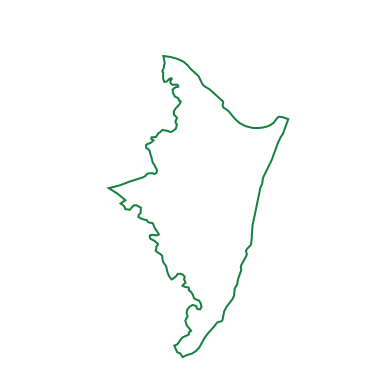 the border of Gangwon, rotated 47°
{"feature_id": "KOR-2496", "entity_name": "Gangwon", "entity_type": "Province", "adm_level": 1, "iso_a3": "KOR", "parent_name": "South Korea", "parent_adm1": "", "projection": "albers", "projection_center": [128.239, 37.618], "detail": "fine", "context": "isolated", "style": "outline", "palette": "green", "viewbox_px": 384, "rotation_deg": 47, "n_neighbors": 0, "source": "natural_earth", "source_scale": "10m", "svg_char_len": 3305}
<svg xmlns="http://www.w3.org/2000/svg" viewBox="0 0 384 384"><g transform="rotate(47 192 192)"><path d="M167.5,110.7L173.9,110.2L180.4,107.9L186.4,104.1L191.4,98.8L193.5,95.7L195.3,92.4L196.6,88.7L197.0,84.5L196.2,80.4L196.0,78.3L196.6,76.7L199.1,74.7L204.4,71.9L207.2,77.5L211.6,86.1L212.4,89.9L214.7,95.6L223.0,112.0L229.6,129.2L230.6,131.1L234.0,135.3L235.3,138.8L251.2,161.2L257.3,170.0L264.7,178.1L265.8,179.0L270.7,184.7L271.0,187.1L271.1,190.1L271.7,192.6L275.0,194.4L276.0,196.4L278.9,205.4L280.1,207.5L281.6,208.4L282.9,209.6L287.3,218.1L289.9,221.3L290.8,223.1L291.2,225.0L291.9,226.9L296.5,231.9L298.1,236.0L299.5,245.1L301.3,250.0L306.3,256.8L306.7,258.2L306.1,259.6L305.3,260.9L304.7,262.2L304.7,263.4L305.4,267.1L306.4,277.8L307.4,282.7L310.7,292.8L311.0,297.7L310.1,302.3L308.0,306.4L306.3,311.4L305.3,311.3L302.1,310.7L299.0,312.1L292.3,309.7L293.4,306.8L293.0,304.1L292.2,301.2L291.9,297.9L293.1,294.7L294.1,291.6L293.4,290.8L292.5,290.0L292.9,287.3L285.9,286.8L283.8,285.7L281.6,284.7L280.7,282.6L279.9,280.0L276.8,278.5L274.8,275.6L274.3,271.7L275.0,268.7L276.6,267.5L278.4,266.8L281.2,267.9L283.4,266.2L282.5,263.4L279.5,261.6L276.2,260.9L273.6,262.3L271.1,263.0L267.6,261.4L263.8,260.8L262.6,261.3L261.5,261.2L260.7,260.1L259.5,259.6L256.8,261.8L254.0,262.9L253.8,260.8L254.0,258.7L252.3,257.9L250.5,257.5L249.1,255.2L246.5,255.0L243.9,256.2L242.2,258.3L242.8,261.3L242.6,264.0L242.0,266.6L239.6,266.4L236.7,265.8L234.3,264.8L231.9,263.5L230.0,262.3L228.0,261.4L225.6,261.2L223.1,260.7L220.6,259.1L218.3,257.3L216.0,257.4L213.8,258.1L211.7,258.5L210.0,258.6L209.3,257.0L207.4,255.1L207.5,253.4L206.6,252.3L202.0,252.8L199.2,253.8L198.3,254.2L197.4,254.2L196.1,253.5L195.0,252.3L196.7,249.7L199.4,247.8L200.5,245.3L198.8,244.7L193.4,243.9L188.1,242.0L185.8,243.7L184.0,244.7L181.7,244.2L179.8,245.7L176.6,247.4L173.5,248.2L172.3,246.5L172.3,244.0L168.7,240.1L163.8,241.7L162.0,243.9L162.5,249.8L160.6,251.1L159.9,251.9L159.2,252.5L158.4,252.1L157.6,251.6L154.6,251.4L151.7,252.1L152.6,246.3L142.4,247.6L132.4,250.3L137.6,240.8L141.9,230.4L147.8,217.9L148.5,215.2L148.0,212.5L149.3,210.4L151.0,208.2L152.9,207.5L153.9,205.3L152.9,203.5L151.4,202.3L149.2,202.0L146.9,201.1L143.7,200.7L138.4,197.7L136.0,196.7L133.6,195.1L131.0,194.7L128.5,195.5L126.4,193.7L126.5,191.7L127.6,189.7L128.0,187.4L128.0,184.9L125.5,185.7L124.4,184.3L127.2,181.0L126.7,178.9L126.0,176.7L126.5,175.1L126.5,173.1L126.4,171.3L131.2,167.8L133.1,167.2L134.2,165.5L134.7,160.7L132.5,157.2L130.7,156.8L129.0,156.0L127.7,152.5L125.6,152.3L123.3,152.5L120.9,150.7L119.8,147.5L119.4,141.9L118.5,139.0L117.9,138.5L117.1,138.6L116.6,139.1L116.0,139.2L114.4,138.0L110.4,139.4L106.8,138.4L105.4,137.5L103.9,136.2L103.9,133.9L104.6,131.8L105.2,131.0L105.6,130.2L105.0,129.7L104.2,129.5L103.4,129.7L102.7,130.2L101.5,131.8L100.1,133.2L97.9,133.5L96.1,132.2L95.7,131.0L95.6,129.8L94.9,129.4L94.2,130.2L93.9,131.4L93.9,135.3L92.6,137.2L89.2,135.6L86.0,132.7L85.0,131.5L83.8,131.6L82.8,130.1L82.1,128.1L81.3,127.1L80.3,126.2L79.5,124.3L78.1,123.4L74.8,121.3L73.0,120.3L73.6,119.6L78.8,115.5L84.8,111.8L91.1,109.3L97.2,108.7L100.2,109.1L111.7,108.2L120.6,110.9L123.4,110.7L129.0,109.1L147.1,107.6L147.9,108.1L149.0,109.9L150.2,111.0L151.5,111.4L157.7,110.1L167.5,110.7Z" fill="none" stroke="#15803d" stroke-width="2"/></g></svg>